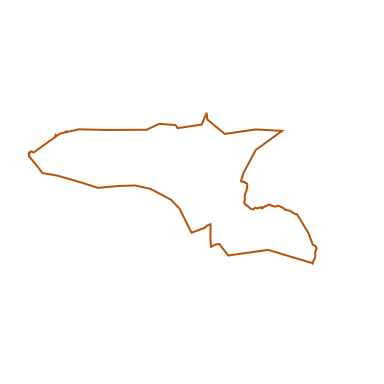 outline of San Francisco Teopan, Oaxaca, Mexico, rotated 143°
{"feature_id": "50627088B43256659786300", "entity_name": "San Francisco Teopan", "entity_type": "district", "adm_level": 2, "iso_a3": "MEX", "parent_name": "Mexico", "parent_adm1": "Oaxaca", "projection": "natural_earth1", "projection_center": [-97.547, 17.899], "detail": "fine", "context": "isolated", "style": "outline", "palette": "amber", "viewbox_px": 384, "rotation_deg": 143, "n_neighbors": 0, "source": "geoboundaries", "source_scale": "gbopen_adm2", "svg_char_len": 2443}
<svg xmlns="http://www.w3.org/2000/svg" viewBox="0 0 384 384"><g transform="rotate(143 192 192)"><path d="M121.5,111.0L121.9,111.6L122.8,112.1L123.1,112.4L123.1,113.1L123.3,113.9L124.0,115.1L124.3,116.2L124.7,117.2L125.2,118.3L125.9,118.9L126.8,120.0L127.1,120.5L127.4,121.0L128.4,121.6L128.5,121.9L128.2,123.2L129.2,124.5L129.2,125.4L129.6,126.2L130.3,126.9L130.6,128.2L131.2,128.7L132.2,129.7L133.2,129.7L134.8,130.7L135.6,132.1L136.6,132.9L137.2,134.6L138.2,135.7L140.0,135.9L140.9,136.4L141.9,136.2L142.6,136.8L143.8,136.6L144.5,136.6L145.0,137.5L146.1,136.9L146.7,138.7L147.8,138.9L148.6,139.4L149.1,139.6L149.7,139.6L151.1,141.5L151.9,141.5L153.2,141.1L153.9,141.4L154.6,142.4L155.6,144.7L155.8,145.8L155.8,146.5L156.1,147.1L156.2,147.5L156.2,148.0L156.4,148.9L157.0,149.5L156.7,150.8L156.7,152.2L155.2,153.4L154.4,154.0L154.1,154.4L153.7,154.9L153.3,155.8L152.4,157.0L151.4,157.7L151.0,158.1L150.6,158.6L149.7,159.2L149.3,159.2L148.2,159.7L147.4,160.8L145.9,161.6L145.3,162.2L145.1,162.9L144.3,163.7L143.6,164.3L143.2,165.0L143.2,165.6L143.1,166.0L143.4,166.6L143.9,167.1L144.0,167.5L144.0,167.9L144.0,168.4L144.1,168.8L144.3,169.0L144.8,169.0L145.2,169.3L145.5,170.0L146.1,170.6L146.3,171.3L139.1,176.4L115.8,187.2L83.3,186.6L103.3,203.5L130.9,218.7L136.0,240.1L135.8,241.3L132.6,246.5L143.7,240.0L160.0,248.9L165.1,251.8L164.8,255.3L177.2,266.2L190.8,269.0L221.9,292.2L244.6,310.1L249.4,312.3L255.1,314.9L255.2,315.8L255.8,316.1L255.6,315.1L260.4,317.3L262.2,318.1L266.7,318.2L266.4,318.9L266.5,319.6L268.6,318.2L274.1,318.4L278.8,318.5L283.2,318.6L286.4,318.7L289.7,318.8L292.6,318.8L294.9,318.9L295.1,319.5L295.3,320.0L295.4,320.6L296.0,321.3L296.6,321.2L297.4,321.2L297.6,321.0L297.9,320.8L298.2,321.3L298.5,321.6L299.4,320.9L300.1,319.0L300.4,319.2L300.7,318.9L300.5,314.7L300.4,314.1L300.3,311.8L300.3,311.7L300.3,310.8L300.2,309.1L300.1,306.4L300.0,305.3L300.0,303.8L300.1,300.5L300.1,297.2L298.8,295.8L298.0,294.9L294.7,291.5L292.1,288.8L288.9,285.1L274.8,266.3L264.7,252.0L246.6,240.7L233.7,231.6L223.3,219.5L213.5,198.7L212.0,186.2L216.9,159.8L203.3,155.7L203.1,156.0L201.0,155.9L200.2,156.2L200.0,155.9L197.6,155.4L196.6,155.1L204.4,144.9L209.9,136.8L205.5,136.1L201.5,134.2L201.3,119.5L166.1,100.0L138.5,62.5L138.5,62.4L136.5,63.9L134.8,64.7L133.1,65.6L131.4,67.5L129.9,69.8L127.4,71.3L126.4,72.1L126.1,73.1L126.1,74.4L126.4,75.6L127.3,77.2L123.8,88.8L121.5,111.0Z" fill="none" stroke="#b45309" stroke-width="2"/></g></svg>